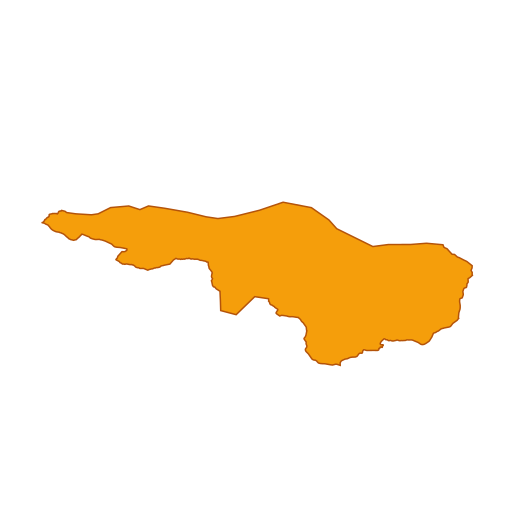 outline of Berekum East Municipal, Brong Ahafo, Ghana, rotated 111°
{"feature_id": "2480657B78254100433505", "entity_name": "Berekum East Municipal", "entity_type": "district", "adm_level": 2, "iso_a3": "GHA", "parent_name": "Ghana", "parent_adm1": "Brong Ahafo", "projection": "equal_earth", "projection_center": [-2.534, 7.485], "detail": "fine", "context": "isolated", "style": "filled", "palette": "amber", "viewbox_px": 512, "rotation_deg": 111, "n_neighbors": 0, "source": "geoboundaries", "source_scale": "gbopen_adm2", "svg_char_len": 6068}
<svg xmlns="http://www.w3.org/2000/svg" viewBox="0 0 512 512"><g transform="rotate(111 256 256)"><path d="M301.5,467.6L301.5,466.6L301.3,466.1L301.3,465.7L301.3,465.0L301.6,463.6L301.6,461.5L302.5,459.7L302.6,459.4L303.4,458.3L304.3,456.6L304.8,454.6L305.0,451.9L304.9,450.8L304.3,448.1L304.5,447.1L304.2,446.3L304.4,445.3L304.4,443.9L304.8,442.3L305.9,439.7L306.4,438.0L306.9,437.2L307.1,434.7L306.9,433.8L306.7,431.9L305.8,430.7L305.2,429.7L304.9,429.5L303.9,429.1L301.1,427.6L299.8,427.2L299.0,426.7L298.1,426.5L297.9,425.8L297.9,424.0L298.0,420.6L297.9,418.9L298.6,417.1L298.6,415.1L298.3,412.5L298.1,411.6L296.6,408.2L296.6,407.3L296.3,405.8L296.2,404.7L296.1,402.0L296.6,395.0L297.5,393.0L297.9,391.9L298.0,391.4L298.0,390.8L297.7,389.1L296.7,385.7L296.2,383.0L295.6,379.2L296.5,378.6L297.4,378.9L298.8,379.9L299.5,381.2L299.9,382.6L300.0,382.7L305.7,384.9L307.7,384.8L309.0,385.4L309.6,385.4L309.8,384.8L309.8,384.3L310.2,381.6L310.6,381.0L310.9,380.5L310.9,379.5L311.3,378.0L311.3,377.5L310.9,376.5L310.8,375.6L310.5,375.1L309.8,374.0L309.6,372.9L309.4,371.5L309.1,370.2L308.6,369.4L308.6,369.1L308.7,368.5L308.6,368.1L308.4,368.0L308.4,367.3L308.8,365.6L309.3,364.7L309.5,363.9L309.4,362.5L309.0,361.4L309.2,360.3L309.2,359.8L307.9,356.5L308.0,351.9L307.1,351.1L305.5,348.9L305.1,348.0L303.6,346.5L303.2,345.5L302.6,345.0L302.1,343.7L300.8,341.8L299.7,341.3L298.9,340.5L298.1,339.1L297.7,338.7L294.4,333.5L289.4,331.7L288.8,331.4L288.3,330.8L287.4,330.3L286.9,329.9L286.9,329.7L286.9,329.1L287.0,328.6L286.8,327.6L286.3,326.5L286.2,326.1L286.2,325.3L286.0,324.8L285.6,324.6L285.5,324.3L285.3,323.2L284.8,322.6L284.6,321.7L284.2,321.4L284.0,320.8L283.3,320.2L282.8,318.5L282.0,317.8L282.2,317.3L282.0,316.7L282.0,316.3L282.2,315.5L281.8,315.1L281.5,314.6L281.4,314.1L281.4,313.6L281.1,312.9L281.0,311.9L280.6,311.3L280.4,310.5L280.0,309.9L280.0,309.1L279.9,308.7L279.8,308.3L280.0,307.7L280.0,306.4L279.7,305.7L279.5,304.6L279.3,303.6L279.3,302.7L279.0,302.0L279.1,301.6L279.0,300.6L279.1,300.1L279.3,299.7L279.1,299.3L279.0,299.1L279.0,298.8L279.0,298.4L281.8,297.1L283.3,295.8L283.9,295.7L284.6,294.9L285.4,293.4L286.8,291.3L287.7,290.7L288.1,290.8L290.9,290.3L291.4,290.0L292.2,289.3L292.6,288.5L293.6,288.4L294.9,288.8L295.2,288.7L295.5,288.4L296.1,287.9L296.8,287.5L299.1,286.0L299.9,284.8L300.0,284.4L299.8,283.5L299.9,283.1L300.9,281.4L301.8,277.0L310.5,273.2L319.6,269.4L317.9,253.5L294.4,242.6L291.4,229.0L292.9,228.2L293.6,228.1L294.1,227.1L295.8,225.7L296.2,224.7L296.1,223.6L296.5,222.1L296.7,220.7L297.1,220.2L297.4,219.2L297.9,216.7L298.2,216.4L298.5,216.3L301.4,216.9L302.1,216.8L302.3,216.5L302.6,216.0L303.5,212.3L302.3,211.0L301.9,209.8L301.0,205.9L300.9,204.2L300.6,202.7L299.7,200.6L299.3,199.2L299.0,197.7L298.8,196.7L298.4,195.0L298.2,194.7L299.3,191.8L300.5,190.3L300.9,189.5L301.5,187.8L302.0,187.2L304.1,184.0L304.6,183.5L307.0,182.3L307.6,181.7L307.8,181.8L308.0,181.7L311.9,181.0L313.1,181.0L314.0,181.1L315.1,181.5L315.7,181.6L316.2,181.4L317.0,180.3L317.7,179.3L318.0,178.7L318.2,178.4L319.9,177.8L320.6,177.3L321.4,176.5L321.7,176.3L322.7,176.0L323.4,176.1L325.1,176.5L325.6,176.4L326.2,176.1L326.9,175.5L327.3,174.9L328.6,172.0L329.1,171.3L332.1,166.9L332.3,166.2L332.4,165.3L332.4,164.8L332.0,163.0L332.3,161.8L333.3,159.9L333.5,159.1L333.3,157.4L332.8,155.6L331.9,153.0L330.9,147.7L330.4,145.6L329.8,144.7L328.4,142.8L328.1,141.7L327.9,138.2L325.7,139.1L324.1,139.0L323.0,138.5L320.4,136.0L319.1,133.8L317.5,132.3L316.9,131.6L315.9,129.9L314.8,127.2L313.7,125.9L313.1,125.6L310.4,124.9L309.7,124.4L309.3,123.8L308.8,122.3L308.4,122.1L307.8,122.0L306.9,122.3L306.5,122.3L305.2,122.0L304.9,121.8L304.7,121.0L304.6,119.2L304.2,117.9L301.9,112.2L301.1,109.9L300.6,108.7L300.0,108.0L299.6,107.8L299.2,107.8L298.4,108.1L298.2,108.0L297.5,107.3L296.8,107.3L296.6,107.3L296.4,107.1L296.2,106.7L296.2,105.6L296.0,105.4L295.8,105.4L295.1,105.7L294.2,105.3L293.8,105.2L293.5,105.3L293.4,105.7L294.0,107.7L294.0,108.1L293.9,108.2L293.2,108.7L292.4,108.7L291.5,108.6L289.6,107.9L288.3,107.2L287.9,107.1L287.4,106.6L287.2,106.1L287.6,105.1L287.6,104.7L287.2,103.5L287.2,103.1L287.5,102.4L287.5,101.9L287.4,101.5L287.2,101.1L286.7,100.5L286.6,100.1L286.6,99.1L286.4,98.1L286.2,97.5L284.6,95.0L284.0,94.4L283.8,93.8L283.7,92.0L283.5,91.2L282.8,90.0L282.7,89.4L281.3,86.3L281.1,86.0L280.2,85.1L279.7,83.4L278.7,81.0L278.5,80.1L278.4,79.3L278.5,77.9L278.6,73.6L279.3,70.7L279.3,70.0L279.2,69.3L278.9,68.5L278.3,67.5L276.9,66.2L273.9,64.1L273.1,63.7L268.6,62.8L264.9,62.7L264.5,62.6L264.1,62.3L263.4,61.3L262.8,60.7L261.8,60.1L260.6,58.8L257.9,57.2L257.3,56.6L256.2,55.0L255.8,54.6L253.3,50.6L252.7,49.8L252.3,49.4L251.3,48.9L248.7,48.2L247.9,47.8L244.0,45.2L242.7,44.8L241.8,44.6L241.5,44.4L240.9,45.0L236.3,46.3L232.6,46.5L231.3,46.8L229.9,47.3L228.9,47.7L226.0,49.4L224.8,49.9L223.6,50.2L222.9,50.3L222.5,50.1L221.3,48.6L220.9,48.5L218.1,48.6L217.4,48.8L215.3,50.0L214.8,50.2L212.1,50.3L211.5,50.1L211.1,49.8L210.1,48.5L209.6,48.3L207.4,48.7L206.6,49.1L204.7,48.6L204.2,48.6L201.3,49.9L200.9,49.7L199.5,48.6L196.4,47.0L195.6,47.7L194.6,48.0L194.0,48.2L193.7,48.4L192.9,49.5L192.5,49.9L192.3,50.1L189.8,50.0L187.6,50.7L185.6,57.1L185.5,57.7L185.3,60.6L185.0,63.1L184.7,65.7L184.8,67.6L183.4,71.2L184.1,73.6L181.6,78.7L181.2,79.3L180.9,79.9L180.7,80.5L180.7,82.3L180.4,83.8L178.5,85.5L183.0,101.4L189.9,115.9L197.9,136.6L205.3,150.3L201.6,190.4L196.2,200.9L191.0,221.6L196.1,250.0L212.0,269.1L226.7,290.1L234.7,305.0L237.3,316.6L239.7,335.6L244.1,358.1L247.8,374.3L254.3,381.0L254.9,392.7L262.9,409.1L273.2,418.5L276.5,424.4L281.2,439.3L283.3,448.3L282.7,450.3L283.1,453.8L283.7,453.9L284.2,455.1L284.5,455.2L284.9,455.9L285.9,456.2L287.1,456.2L287.7,456.5L288.0,456.7L287.8,457.5L287.9,457.8L288.2,458.3L288.4,459.1L288.9,460.1L289.0,460.6L289.2,461.1L289.5,461.3L290.9,463.5L291.4,463.9L292.0,463.7L292.3,463.7L292.6,463.4L293.8,463.6L294.0,463.7L294.1,464.0L295.5,465.0L296.5,465.3L297.4,465.7L297.6,466.1L298.6,466.3L298.9,466.2L299.3,466.3L301.0,467.0L301.4,467.6L301.5,467.6Z" fill="#f59e0b" stroke="#b45309" stroke-width="1.5"/></g></svg>